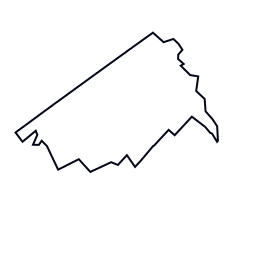 Franklin, Massachusetts, United States of America (Equal Earth projection), rotated 322°
{"feature_id": "52423323B1749391597269", "entity_name": "Franklin", "entity_type": "district", "adm_level": 2, "iso_a3": "USA", "parent_name": "United States of America", "parent_adm1": "Massachusetts", "projection": "equal_earth", "projection_center": [-72.569, 42.522], "detail": "fine", "context": "isolated", "style": "outline", "palette": "ink", "viewbox_px": 256, "rotation_deg": 322, "n_neighbors": 0, "source": "geoboundaries", "source_scale": "gbopen_adm2", "svg_char_len": 784}
<svg xmlns="http://www.w3.org/2000/svg" viewBox="0 0 256 256"><g transform="rotate(322 128 128)"><path d="M47.3,117.8L70.0,122.3L71.3,139.4L93.7,144.6L97.3,150.9L110.4,148.7L109.6,163.0L117.7,161.7L136.6,157.7L137.9,157.9L146.4,156.5L158.9,154.5L160.3,162.4L185.3,158.4L189.5,174.8L189.8,182.5L190.8,184.1L189.7,193.7L191.0,193.4L199.3,181.6L200.0,173.0L199.4,162.6L206.3,152.3L204.5,140.8L215.1,130.6L209.6,124.6L207.9,111.4L211.3,111.8L210.0,104.4L212.8,101.1L219.0,99.9L219.6,93.0L218.6,85.8L208.9,82.3L206.3,68.2L205.6,68.2L196.4,67.8L176.7,67.0L167.7,66.7L166.0,66.6L152.7,66.1L113.8,64.7L89.7,63.9L85.6,63.7L68.7,63.2L57.8,62.9L36.6,62.3L36.4,73.9L53.6,73.4L52.3,77.6L42.8,82.7L47.3,86.4L52.1,84.9L53.0,92.3L47.3,117.8Z" fill="none" stroke="#020617" stroke-width="2"/></g></svg>